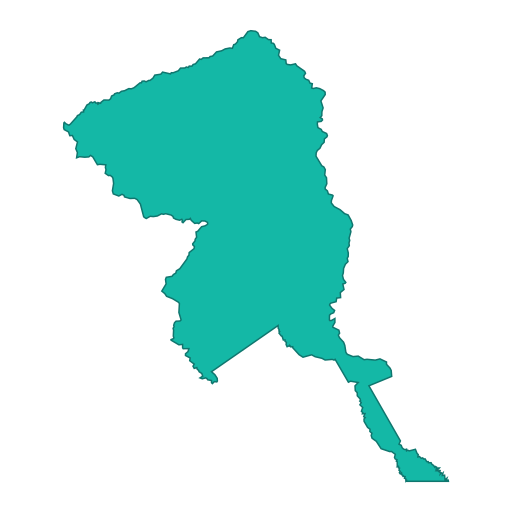 the district of Mocoa, Putumayo, Colombia
{"feature_id": "7082276B56868740164332", "entity_name": "Mocoa", "entity_type": "district", "adm_level": 2, "iso_a3": "COL", "parent_name": "Colombia", "parent_adm1": "Putumayo", "projection": "albers", "projection_center": [-76.661, 1.168], "detail": "fine", "context": "isolated", "style": "filled", "palette": "teal", "viewbox_px": 512, "rotation_deg": 0, "n_neighbors": 0, "source": "geoboundaries", "source_scale": "gbopen_adm2", "svg_char_len": 6004}
<svg xmlns="http://www.w3.org/2000/svg" viewBox="0 0 512 512"><path d="M329.9,320.6L329.4,320.0L329.5,315.2L330.7,314.0L333.7,312.7L334.6,310.4L332.1,308.5L329.6,305.2L329.7,304.3L330.9,303.1L336.1,301.7L336.7,298.1L340.6,297.6L340.3,292.6L344.0,289.5L342.8,284.0L345.1,283.3L345.8,282.4L343.5,279.4L342.5,275.6L343.3,272.9L343.6,268.4L345.4,264.2L348.0,261.6L347.2,258.3L348.2,256.5L348.3,253.0L347.2,248.6L349.3,245.7L349.0,243.0L349.7,240.4L349.1,238.2L350.9,231.7L350.3,229.1L352.3,226.6L352.7,225.0L351.2,220.5L348.1,214.9L344.7,213.7L340.2,209.8L334.1,206.5L331.3,202.9L331.4,200.6L333.1,195.8L332.5,195.1L328.4,194.0L327.4,190.9L325.2,189.0L325.1,187.5L326.8,183.8L326.5,177.7L324.7,175.1L325.3,169.6L323.8,166.9L321.8,165.8L316.0,156.2L316.2,152.8L317.3,150.5L319.9,148.3L321.7,144.6L324.1,142.3L324.4,138.9L326.9,136.9L327.4,135.6L326.6,133.5L322.3,131.5L321.2,129.4L317.9,127.6L317.3,123.9L317.5,121.9L321.2,121.4L322.5,120.0L322.3,118.9L320.2,117.6L321.8,115.7L321.9,111.7L323.1,107.9L320.9,100.9L325.2,94.6L325.1,92.1L323.5,90.6L319.7,88.6L316.3,87.8L313.3,88.5L311.7,88.0L312.3,83.7L310.0,83.1L308.7,80.3L305.8,79.2L304.2,77.8L303.8,75.9L305.5,73.3L304.6,71.3L296.8,65.8L295.5,63.8L290.6,64.9L287.2,64.4L286.2,63.6L285.8,59.9L280.8,58.7L278.5,55.3L279.6,50.2L275.8,48.3L274.3,44.3L273.3,43.3L271.3,43.0L271.1,39.7L268.4,39.6L265.2,37.3L262.5,37.7L259.5,36.7L257.8,32.8L255.6,31.3L250.8,30.7L247.9,31.6L243.4,37.7L241.3,37.7L237.9,39.8L237.5,41.8L235.4,44.1L233.7,44.7L232.4,48.3L229.8,48.0L225.2,48.9L221.6,50.8L216.5,51.9L212.6,56.1L210.1,56.5L209.0,57.8L203.1,57.9L201.2,59.4L199.6,59.0L195.5,63.8L193.1,64.5L191.9,66.2L189.2,66.1L188.3,67.5L186.3,67.0L184.8,68.0L180.5,68.1L178.3,70.8L173.1,72.8L171.3,72.7L170.5,73.9L162.6,72.1L160.8,74.2L154.8,75.1L153.0,78.1L150.1,80.4L148.8,80.4L146.1,81.8L144.3,81.0L142.1,81.2L141.4,82.8L140.1,82.8L133.9,87.8L131.3,88.8L128.8,88.6L124.6,90.7L121.4,91.3L119.1,93.1L117.3,92.8L114.6,93.8L114.0,94.9L111.6,96.0L110.6,98.8L108.9,100.1L103.9,100.0L100.9,102.4L100.6,103.3L98.5,102.7L98.7,103.6L97.9,104.2L97.3,102.9L95.9,103.1L94.9,101.8L92.4,102.8L91.2,102.0L90.0,102.5L89.3,103.7L86.9,105.0L84.1,110.1L83.4,110.1L83.6,111.9L81.3,112.2L79.6,114.6L77.4,115.6L76.9,116.8L70.4,124.1L68.9,125.2L66.1,123.9L64.4,122.3L63.9,122.9L63.6,127.7L64.2,129.6L68.5,131.9L69.8,135.7L72.4,135.5L74.2,139.5L77.5,141.9L75.8,148.7L77.4,152.5L76.6,157.8L79.6,156.7L84.7,157.2L88.8,156.9L90.6,155.4L92.8,156.9L97.4,164.7L99.9,164.3L105.8,164.8L105.4,167.5L106.0,169.8L105.2,173.3L108.5,175.6L110.3,175.4L112.4,177.1L113.0,178.5L113.6,183.5L112.4,190.8L113.3,193.9L118.8,196.0L122.0,194.3L124.1,195.4L124.5,196.9L130.0,198.5L134.7,198.3L137.2,199.6L140.4,204.1L143.7,216.8L145.3,218.0L146.3,218.5L150.2,216.3L153.3,216.6L157.3,216.0L161.6,213.8L163.4,214.3L165.7,213.7L171.0,215.0L173.0,216.4L173.5,218.0L175.9,219.3L179.6,220.2L181.8,219.3L182.4,220.4L182.0,221.9L183.0,222.7L186.0,219.5L189.4,219.3L190.3,218.4L191.2,220.3L194.7,223.4L197.3,223.0L198.7,223.6L201.7,220.9L204.9,221.0L207.5,222.4L207.7,224.0L207.0,224.7L204.9,225.9L201.6,226.7L197.7,231.3L196.0,232.0L196.6,237.3L195.2,239.2L195.0,240.9L192.7,243.8L192.8,244.9L194.4,246.5L194.1,248.6L189.2,252.5L188.9,255.3L187.6,256.7L186.9,259.0L179.8,268.7L176.4,270.8L175.8,273.1L173.4,274.5L172.1,276.3L166.3,277.3L165.5,279.4L166.1,283.9L161.8,291.1L164.8,293.6L166.6,296.3L172.4,298.6L178.4,302.2L179.4,303.5L178.9,312.5L181.1,319.9L180.0,321.0L176.0,321.2L174.5,322.8L173.7,325.3L174.1,326.7L173.1,328.3L173.6,330.2L173.3,336.1L173.9,337.8L173.5,338.6L171.0,339.6L171.1,340.2L178.9,344.8L182.6,344.4L182.6,347.8L183.2,348.7L188.9,348.6L188.0,351.6L185.5,353.8L185.5,355.5L190.2,358.0L189.7,360.7L194.2,364.1L193.0,366.2L194.2,368.4L196.8,367.6L197.2,369.2L198.6,370.4L199.1,371.7L201.8,373.5L202.7,376.2L200.0,377.9L202.3,378.8L205.5,377.9L206.9,378.5L207.7,379.8L211.5,380.5L211.5,382.7L212.4,383.6L214.4,381.6L216.8,381.9L217.4,381.0L217.2,378.3L214.9,374.7L211.5,371.7L278.1,325.5L278.2,328.2L279.2,329.8L278.9,331.0L279.7,331.5L279.0,333.1L281.3,336.0L282.1,336.2L283.3,340.0L285.1,340.0L285.1,341.4L286.4,342.3L286.1,344.5L287.1,346.7L289.0,345.9L289.6,346.2L289.8,345.5L290.8,346.9L292.7,346.7L292.8,347.8L299.1,354.7L303.0,357.2L311.6,354.8L315.1,356.7L321.9,358.3L325.1,360.0L332.2,359.4L334.1,360.1L335.1,359.3L348.4,382.2L350.6,381.2L358.2,382.5L355.0,385.9L355.3,390.7L357.2,392.6L357.3,395.8L360.1,398.9L360.5,400.6L359.8,401.1L361.2,402.6L359.9,404.8L362.7,407.5L361.4,411.3L362.8,412.6L362.4,413.8L365.0,413.6L363.7,416.7L365.2,417.6L364.0,419.0L364.1,421.4L367.6,427.4L370.0,429.2L369.9,431.5L371.9,433.2L371.2,435.5L372.1,438.3L376.3,441.3L381.1,448.7L389.7,451.6L391.5,451.5L395.3,454.3L394.5,457.4L395.2,458.9L397.0,459.8L396.3,461.1L397.2,461.7L397.3,465.8L398.0,466.1L397.3,466.8L398.6,467.0L398.6,467.9L399.5,468.2L399.0,470.3L400.2,471.3L399.4,472.7L400.3,473.9L401.5,472.9L401.8,474.8L403.1,475.5L403.0,476.4L405.1,476.6L404.5,478.3L405.8,478.8L405.9,480.8L406.7,479.7L406.5,481.3L448.4,481.3L448.2,480.1L446.2,480.1L446.8,478.3L445.0,479.8L444.6,475.2L442.3,475.5L442.9,473.1L442.3,473.7L441.4,472.9L440.4,473.9L440.7,472.8L439.7,472.1L440.1,470.6L439.3,470.5L438.8,471.5L438.1,470.8L436.5,470.7L437.5,469.9L437.1,469.0L438.4,469.0L439.3,468.0L437.0,468.1L436.3,468.7L436.6,467.2L435.4,466.5L434.7,467.2L433.7,465.5L431.9,464.3L431.1,462.7L428.4,462.7L428.2,461.6L426.7,461.6L425.1,458.9L423.7,459.0L422.7,457.9L421.3,458.3L419.4,456.5L417.9,456.9L418.2,454.5L417.1,453.5L415.4,449.3L409.2,450.9L407.7,450.2L406.6,450.8L406.5,449.2L405.2,449.6L403.7,449.2L402.1,447.7L401.2,445.3L399.0,444.2L400.4,440.9L368.9,385.8L391.7,376.4L391.2,370.5L390.0,368.1L386.5,364.3L386.5,362.0L380.0,358.9L375.3,360.1L367.0,359.3L364.1,359.7L358.2,356.1L353.0,356.6L347.3,354.3L345.9,352.4L344.8,345.4L343.6,342.2L339.8,338.1L338.6,336.0L338.4,334.9L339.6,333.2L338.9,330.2L332.8,327.2L332.8,326.1L334.9,322.5L334.9,318.5L331.6,320.4L329.9,320.6Z" fill="#14b8a6" stroke="#0f766e" stroke-width="1.5"/></svg>